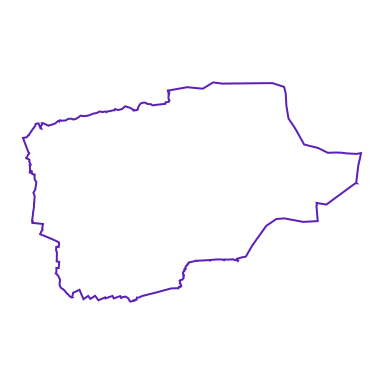 Ede, Gelderland, Netherlands (orthographic projection)
{"feature_id": "6326949B43393941245933", "entity_name": "Ede", "entity_type": "district", "adm_level": 2, "iso_a3": "NLD", "parent_name": "Netherlands", "parent_adm1": "Gelderland", "projection": "orthographic", "projection_center": [5.671, 52.072], "detail": "fine", "context": "isolated", "style": "outline", "palette": "violet", "viewbox_px": 384, "rotation_deg": 0, "n_neighbors": 0, "source": "geoboundaries", "source_scale": "gbopen_adm2", "svg_char_len": 5570}
<svg xmlns="http://www.w3.org/2000/svg" viewBox="0 0 384 384"><path d="M272.5,83.1L222.1,83.6L213.2,82.4L202.8,88.7L187.1,87.2L169.2,90.4L167.9,90.5L168.1,91.3L168.2,92.3L168.8,92.5L169.2,92.5L169.1,94.3L168.5,94.5L168.6,96.1L168.4,97.6L168.5,98.5L168.8,99.2L169.2,100.9L169.3,100.9L168.9,101.8L168.4,101.8L167.6,102.0L165.4,102.5L165.4,103.8L155.8,104.9L153.8,105.2L152.5,105.3L152.2,105.2L151.1,104.3L146.9,103.8L146.1,103.0L144.7,102.6L143.8,102.6L141.6,103.1L141.3,103.2L140.4,103.7L139.2,105.5L138.3,107.2L137.4,109.5L137.6,109.7L136.9,110.1L136.3,110.2L134.9,110.3L134.6,110.4L133.7,110.5L133.8,109.8L132.9,109.7L130.4,107.9L125.1,106.3L124.6,106.7L122.3,108.9L118.5,110.0L118.2,110.0L115.0,109.1L114.5,110.3L113.9,110.2L113.3,110.3L109.9,111.1L108.9,111.2L107.8,111.4L107.0,111.7L106.8,111.9L106.6,112.2L106.5,112.3L106.3,112.2L106.1,111.9L105.3,111.5L104.0,111.7L103.3,112.0L102.3,111.9L101.8,112.0L100.2,111.5L99.4,111.6L97.8,112.4L96.7,113.0L92.9,113.7L89.6,115.1L88.8,115.4L87.8,115.5L86.7,115.9L82.9,116.1L82.5,116.1L81.3,115.6L80.8,115.7L80.3,115.9L78.7,117.1L76.2,118.7L74.8,119.2L73.9,119.3L73.4,119.5L73.2,119.5L72.2,119.0L71.6,118.8L70.9,118.7L69.1,118.8L68.3,118.9L67.6,119.2L66.1,120.2L65.4,120.5L61.3,120.7L60.9,120.6L60.3,120.2L59.3,121.5L58.7,120.9L58.4,120.8L55.8,122.9L55.1,123.4L54.1,123.9L49.9,125.3L48.8,125.4L48.2,125.4L48.1,125.6L47.9,125.5L47.8,125.3L46.9,125.0L43.4,123.3L42.6,123.2L41.8,123.2L42.0,123.9L42.0,124.2L41.9,124.5L41.7,125.0L40.8,125.9L40.6,126.3L40.6,126.7L40.8,127.2L41.3,128.6L40.5,128.4L39.1,124.9L38.6,123.4L36.7,123.6L35.7,123.9L35.5,124.9L35.5,125.0L35.4,125.1L35.2,125.8L33.2,128.5L29.0,134.7L29.0,134.9L29.0,135.0L28.8,135.3L28.2,135.3L27.4,136.4L26.6,137.3L23.5,137.8L23.0,137.9L28.2,151.8L28.4,152.2L29.3,153.1L29.2,153.4L28.2,154.5L27.2,156.7L27.0,157.1L26.7,157.5L26.1,157.9L26.2,158.2L29.4,159.6L29.5,160.5L29.3,161.0L29.2,161.2L29.4,162.2L29.8,162.7L30.2,163.6L30.6,164.5L30.2,164.5L29.6,164.9L29.9,166.6L30.1,169.5L29.8,171.6L29.8,171.8L30.0,171.6L30.5,170.9L30.8,170.9L31.2,171.3L31.6,171.2L31.7,171.4L31.6,171.8L31.9,172.0L31.3,173.1L31.6,173.3L31.9,173.5L32.4,174.0L32.9,174.1L33.3,174.5L33.7,174.4L34.0,174.5L34.4,174.4L34.7,174.6L34.6,176.3L34.5,177.9L34.6,178.6L34.9,179.5L35.2,180.5L35.9,181.2L36.2,181.6L36.3,182.6L36.3,182.9L35.2,189.7L33.4,192.7L33.8,193.8L34.7,196.0L34.6,197.5L34.4,199.1L34.3,202.4L34.2,203.2L34.0,203.3L34.0,206.5L33.8,208.3L33.3,210.9L33.0,212.9L32.9,214.8L32.8,215.8L32.4,218.3L32.0,220.8L32.7,221.0L32.8,221.3L32.2,222.7L32.2,222.8L32.5,222.9L32.6,223.0L34.6,223.1L42.2,223.9L43.0,224.0L42.7,225.8L42.3,227.2L42.3,227.7L42.4,227.9L42.4,228.1L42.3,228.8L42.5,228.8L42.4,230.3L42.1,230.3L41.2,231.7L41.2,232.1L40.9,232.4L40.1,234.1L40.7,234.3L41.0,234.6L45.2,236.2L53.6,239.8L56.2,241.0L59.1,242.6L59.0,244.9L58.8,244.9L58.7,246.9L56.3,246.8L56.1,249.7L56.1,250.2L56.2,250.7L56.7,251.8L56.9,252.2L56.9,252.7L56.9,253.1L56.8,259.1L56.7,260.3L56.6,260.9L56.7,261.5L59.2,261.8L58.7,268.1L56.4,267.9L56.4,270.1L56.4,270.4L56.3,272.6L56.0,273.0L55.7,273.3L57.5,275.1L57.8,275.4L58.3,275.9L58.5,276.3L59.3,278.1L59.9,279.4L60.0,280.3L60.0,281.0L60.0,281.5L59.6,282.6L59.6,283.2L59.7,283.9L59.6,284.3L59.7,285.2L59.8,285.7L60.2,286.5L60.7,287.3L60.9,287.7L61.5,288.3L62.3,288.7L64.5,290.4L65.0,291.3L65.5,291.7L66.8,293.4L68.2,294.4L69.2,295.7L69.4,296.1L70.3,296.6L71.1,297.3L71.9,297.4L72.4,297.3L72.2,297.1L73.1,292.8L79.5,289.8L83.5,299.2L88.2,295.9L90.3,298.9L95.1,295.8L96.5,297.7L98.2,300.0L98.5,300.3L105.1,297.4L105.5,298.4L112.5,295.9L113.7,298.4L120.2,296.1L121.2,298.0L121.3,298.0L121.4,297.9L121.2,297.5L121.2,297.4L125.6,296.6L126.3,297.1L127.8,297.9L128.1,298.2L129.1,299.8L129.6,300.8L130.4,301.6L133.0,301.0L133.0,300.8L134.5,300.7L134.5,299.9L136.6,299.7L136.7,298.5L136.9,297.6L137.7,297.7L139.4,297.3L142.2,296.0L155.3,292.7L171.3,288.4L177.5,288.2L178.5,288.3L178.9,286.9L179.2,286.6L179.9,286.7L180.5,286.9L180.8,286.4L181.1,286.2L181.1,285.3L181.0,285.1L180.8,284.3L180.3,283.9L179.9,283.3L179.8,283.1L179.9,282.7L180.2,282.3L180.2,282.0L179.6,280.9L179.6,280.6L179.8,280.4L180.9,279.9L181.3,279.8L182.0,279.8L182.5,279.6L182.8,278.8L183.5,278.3L183.6,278.0L183.6,276.8L183.2,276.3L183.2,276.1L183.4,275.8L183.7,275.6L183.9,275.5L184.0,275.3L184.0,275.1L183.3,274.3L183.3,274.2L183.3,273.9L182.9,273.6L183.0,272.6L183.3,271.8L183.8,271.5L183.9,271.3L184.2,271.2L184.4,271.1L184.2,269.9L184.2,269.6L184.3,269.3L184.6,269.1L185.3,269.3L185.6,269.2L185.6,268.6L185.7,267.9L185.7,267.7L185.4,267.3L185.5,267.0L186.0,266.2L186.3,265.6L186.6,265.4L187.0,265.3L187.3,265.1L187.4,264.9L187.5,264.3L187.6,264.1L188.1,264.0L188.2,263.4L188.7,263.1L188.8,263.0L188.8,262.8L188.8,262.4L193.3,261.5L196.2,260.6L196.4,260.9L197.5,261.0L198.5,260.6L204.7,260.4L209.8,260.0L209.8,260.5L210.1,260.6L210.3,260.0L211.2,259.9L216.0,259.5L221.2,259.4L221.5,259.4L224.1,260.2L224.2,259.5L228.5,259.6L233.1,259.3L234.8,260.2L236.3,259.8L236.7,260.0L237.7,261.1L238.2,260.5L236.7,259.0L236.7,258.9L239.9,257.9L242.2,257.3L244.7,256.9L245.9,256.5L252.2,245.6L256.3,239.8L256.5,239.3L256.9,239.0L266.3,225.8L276.4,219.0L284.5,218.4L303.2,221.9L317.7,221.1L316.5,206.1L316.5,205.5L316.9,205.0L316.6,202.9L326.3,204.6L352.3,185.5L355.7,183.1L356.6,183.2L356.2,182.8L358.3,165.4L360.0,158.2L361.0,153.1L356.6,153.9L346.8,153.4L341.4,152.7L340.4,152.7L336.6,152.5L327.8,152.8L318.1,148.0L304.1,144.5L298.1,133.6L296.4,130.7L296.3,130.4L293.7,126.2L288.5,118.5L286.4,105.9L286.0,98.7L285.9,96.6L285.7,93.5L285.4,91.7L284.0,86.9L272.5,83.1Z" fill="none" stroke="#5b21b6" stroke-width="2"/></svg>